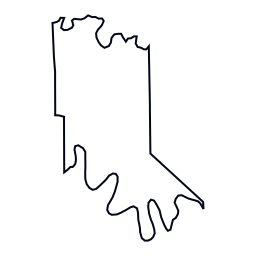 outline of Cerro Largo, Rio Grande do Sul, Brazil
{"feature_id": "56859067B85227915842878", "entity_name": "Cerro Largo", "entity_type": "district", "adm_level": 2, "iso_a3": "BRA", "parent_name": "Brazil", "parent_adm1": "Rio Grande do Sul", "projection": "equal_earth", "projection_center": [-54.733, -28.138], "detail": "fine", "context": "isolated", "style": "outline", "palette": "ink", "viewbox_px": 256, "rotation_deg": 0, "n_neighbors": 0, "source": "geoboundaries", "source_scale": "gbopen_adm2", "svg_char_len": 1796}
<svg xmlns="http://www.w3.org/2000/svg" viewBox="0 0 256 256"><path d="M52.5,23.0L53.9,56.3L54.6,65.6L55.1,71.8L55.1,81.4L55.2,106.0L55.2,115.3L58.5,115.3L64.0,116.7L64.2,172.4L67.7,169.7L70.3,167.0L72.8,166.9L75.2,164.1L75.9,160.3L75.8,156.6L74.5,149.5L75.2,146.2L78.3,145.3L83.0,148.2L85.3,151.9L85.3,156.9L85.4,165.9L85.2,172.9L85.3,179.0L86.7,184.2L89.5,188.0L92.7,189.8L96.2,188.9L99.4,186.0L103.6,182.0L106.1,179.5L109.0,175.7L112.9,173.5L115.8,173.9L117.6,176.6L117.6,181.5L116.3,186.6L114.7,192.0L112.4,197.7L110.2,201.4L108.0,205.1L107.2,209.8L108.9,213.2L111.7,214.8L117.0,214.4L121.1,212.6L126.2,209.9L130.1,207.5L133.4,206.3L137.0,208.3L138.0,212.6L138.3,219.9L139.2,223.8L140.0,228.7L140.1,232.1L141.8,238.1L144.8,240.6L148.0,240.6L151.1,239.2L153.3,236.8L154.7,233.2L154.3,229.6L152.8,224.2L151.0,219.9L149.2,213.9L148.2,207.2L148.5,202.9L150.9,199.7L154.1,200.6L156.4,204.3L159.6,210.3L161.1,216.9L162.9,221.6L164.5,225.4L166.1,228.5L167.9,230.8L170.5,229.6L171.7,224.5L172.9,219.9L175.7,218.0L177.9,214.1L178.3,210.6L176.8,207.3L174.6,202.5L175.7,199.0L178.2,195.6L181.7,195.2L184.3,196.5L188.6,198.6L192.1,199.6L195.4,200.5L198.2,201.4L200.4,203.6L203.5,209.0L203.1,201.9L150.4,153.6L150.2,137.3L149.9,108.4L149.9,104.3L148.8,46.3L146.4,49.3L143.8,49.3L141.1,47.8L137.6,46.9L135.7,43.5L136.1,40.3L136.7,36.4L133.8,36.4L131.1,38.2L127.8,38.6L125.9,41.7L123.1,37.6L121.1,33.8L118.1,33.8L114.3,34.4L111.5,38.0L110.9,42.5L108.9,46.0L104.5,47.8L101.1,45.5L98.7,42.2L96.5,37.6L96.1,33.3L97.9,29.7L101.8,25.4L103.7,21.0L102.1,18.5L98.6,18.6L95.5,17.0L92.2,17.1L88.1,15.4L84.5,18.3L80.9,19.5L77.8,19.2L74.2,18.8L72.0,20.5L73.3,25.3L71.8,27.8L67.4,29.9L63.9,30.1L61.1,27.8L62.4,22.6L64.2,17.9L60.5,17.8L58.9,20.8L56.4,22.1L52.5,23.0Z" fill="none" stroke="#020617" stroke-width="2"/></svg>